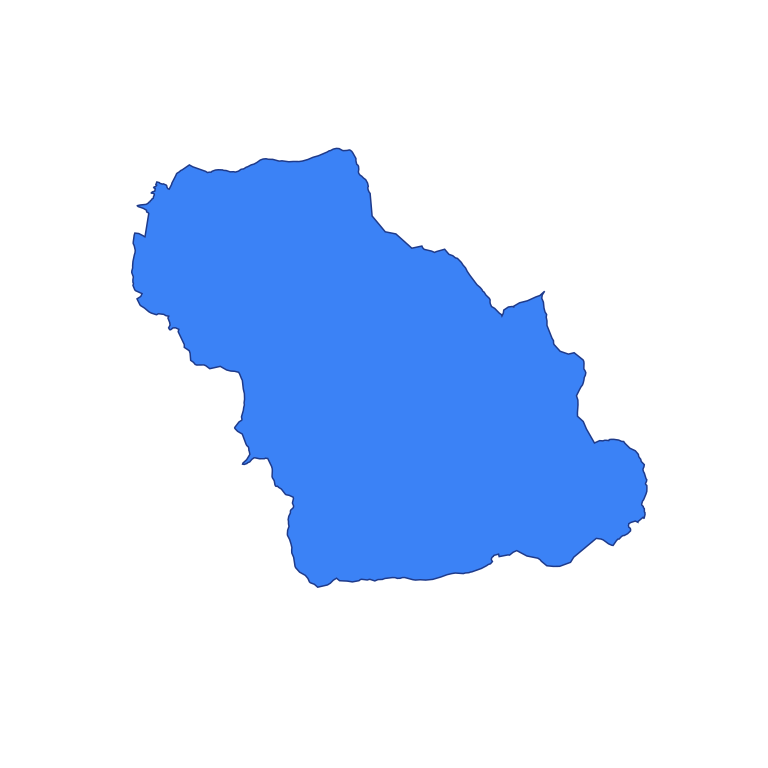 Fundu Moldovei, Suceava, Romania (Albers equal-area conic projection), rotated 17°
{"feature_id": "2599482B95968201222680", "entity_name": "Fundu Moldovei", "entity_type": "district", "adm_level": 2, "iso_a3": "ROU", "parent_name": "Romania", "parent_adm1": "Suceava", "projection": "albers", "projection_center": [25.315, 47.553], "detail": "fine", "context": "isolated", "style": "filled", "palette": "blue", "viewbox_px": 768, "rotation_deg": 17, "n_neighbors": 0, "source": "geoboundaries", "source_scale": "gbopen_adm2", "svg_char_len": 6166}
<svg xmlns="http://www.w3.org/2000/svg" viewBox="0 0 768 768"><g transform="rotate(17 384 384)"><path d="M380.0,597.7L388.7,592.7L390.9,590.2L392.9,586.4L395.4,583.6L399.0,585.1L406.6,583.2L411.6,582.5L417.6,579.4L418.5,578.0L419.6,577.3L425.3,576.3L427.1,575.1L428.0,574.9L432.8,575.0L435.4,572.8L439.5,571.4L441.7,569.7L448.5,566.7L451.2,565.9L453.5,566.0L456.2,565.1L458.2,563.7L460.4,563.0L468.8,562.7L471.4,562.3L475.8,560.6L481.2,559.3L487.7,556.6L494.7,552.0L500.1,547.9L504.2,545.5L507.5,543.9L515.3,542.1L517.1,540.9L520.4,539.6L521.6,538.6L522.9,538.0L531.1,531.9L535.2,527.8L536.5,526.1L538.4,524.8L539.6,522.1L538.2,520.8L537.8,520.0L537.9,518.5L538.5,517.2L539.0,516.9L539.1,516.0L539.3,515.7L543.3,513.2L544.6,515.4L552.5,511.2L554.1,510.9L556.8,507.0L559.7,504.5L570.9,506.7L582.1,505.6L584.7,506.4L586.3,507.5L592.8,510.2L599.4,508.9L605.3,507.0L614.5,500.0L616.1,494.1L632.1,469.6L636.9,468.8L639.2,469.0L645.5,471.2L648.9,471.6L650.3,471.4L652.1,465.7L653.1,463.9L654.2,463.5L655.7,460.4L656.8,459.1L658.0,458.7L660.7,456.0L662.7,452.4L662.3,450.9L661.7,450.0L660.0,449.4L659.1,447.8L659.1,446.8L658.9,446.0L660.6,444.2L664.4,441.6L667.2,442.0L667.0,441.5L670.7,435.8L671.8,436.4L672.0,436.2L671.8,432.6L671.1,430.6L670.4,430.2L669.4,427.1L668.2,426.3L667.7,425.3L666.1,424.5L665.7,424.0L665.5,423.4L665.5,420.2L666.0,419.1L666.2,417.8L666.7,412.6L666.7,409.8L665.8,406.5L665.0,404.2L663.6,403.5L663.1,402.5L663.5,400.5L663.3,398.7L662.3,398.0L659.0,393.1L657.9,392.1L656.9,390.6L656.6,389.8L656.6,388.7L656.8,387.3L656.5,385.0L652.7,382.9L651.4,380.8L650.8,380.5L648.8,378.9L647.8,376.9L643.9,374.4L637.9,373.5L631.8,370.3L630.0,368.9L628.1,369.4L624.8,369.0L620.2,369.7L617.2,370.6L615.7,371.3L615.5,372.4L612.8,372.9L611.5,373.3L609.9,374.4L606.8,375.1L602.5,378.9L590.7,367.8L585.5,361.6L578.5,358.3L577.4,355.0L575.6,347.2L574.1,342.7L571.5,339.0L572.6,332.3L573.2,329.3L574.1,326.8L574.2,324.6L574.0,321.6L573.6,319.2L574.0,316.8L573.7,314.2L572.5,312.7L570.8,311.2L570.5,310.5L569.2,305.7L568.4,303.9L567.4,302.8L556.7,298.5L551.6,301.5L542.9,301.2L535.0,296.5L534.2,295.3L533.4,293.0L531.3,291.1L522.7,280.3L521.4,276.0L519.6,272.7L519.2,270.0L516.9,268.0L514.8,264.6L512.5,259.1L509.8,255.9L509.3,252.6L510.5,248.3L507.2,253.8L503.8,256.3L496.8,262.5L489.9,266.7L485.3,271.7L485.5,272.4L483.9,272.4L480.4,274.0L476.9,278.3L477.4,281.3L476.9,284.5L476.0,283.3L473.7,282.6L467.7,279.3L464.2,278.5L462.2,276.2L461.4,274.6L460.9,272.6L459.7,271.3L455.4,269.1L452.9,266.9L451.2,266.3L450.1,265.1L447.8,263.6L443.9,261.9L434.3,254.9L430.7,252.0L428.1,249.2L424.6,247.0L422.4,245.1L417.5,242.4L415.4,242.5L412.3,241.2L408.2,241.0L402.6,237.4L395.3,242.1L393.9,243.4L390.6,243.0L383.1,243.5L381.1,242.4L379.9,241.0L370.9,246.0L351.5,237.0L340.7,238.1L323.5,226.8L315.0,205.8L313.4,204.6L311.9,202.7L311.1,201.0L311.2,199.6L309.5,196.6L306.7,193.9L304.3,193.1L301.7,191.7L300.3,191.4L298.3,190.0L297.5,188.7L297.1,186.0L296.0,183.3L295.1,182.4L293.7,181.9L291.9,178.8L291.2,176.5L286.6,172.1L285.2,171.0L283.4,170.3L282.4,170.3L280.5,171.4L277.0,172.7L275.9,172.8L272.3,172.0L269.6,172.6L266.8,174.2L264.5,176.5L263.4,177.0L261.8,178.8L254.4,185.0L249.9,187.9L245.5,191.6L240.7,194.7L237.7,196.1L232.5,197.6L228.0,199.3L221.2,200.4L218.6,201.5L212.0,201.7L207.7,202.9L205.3,203.1L202.6,204.2L200.2,206.0L197.7,209.3L195.5,211.6L192.9,213.3L189.9,216.3L188.9,216.9L186.9,219.3L184.5,220.5L182.6,223.0L179.7,224.9L178.3,224.9L174.8,226.1L170.7,226.0L168.2,226.6L166.9,226.5L162.8,227.6L160.2,228.7L157.4,230.8L156.7,232.0L155.2,232.4L153.3,233.4L151.2,232.8L137.6,232.2L133.8,231.4L128.5,238.1L127.2,239.3L126.1,241.1L124.5,242.9L124.1,243.8L124.0,245.2L122.4,254.1L122.6,254.9L121.6,260.5L120.3,260.4L119.6,259.9L119.0,259.4L118.3,258.0L117.7,257.5L114.6,257.1L113.6,257.6L111.8,257.6L111.1,257.6L110.3,257.1L107.7,257.2L107.5,260.0L108.5,260.3L108.4,260.7L107.6,262.2L106.6,262.7L106.4,263.6L108.1,264.1L108.4,266.6L106.6,267.8L105.9,268.6L105.6,269.3L106.2,269.5L107.1,269.1L108.8,269.5L109.1,270.4L108.8,272.0L109.0,273.9L107.9,275.1L107.9,275.8L107.0,277.1L106.9,278.0L106.0,279.0L105.6,280.0L104.1,281.7L98.5,284.1L96.2,285.4L96.0,285.7L97.0,286.2L102.5,286.4L106.1,287.3L106.6,288.6L107.1,289.0L108.2,289.0L109.2,289.8L112.4,313.1L111.5,313.1L110.6,312.7L105.5,311.8L101.6,312.5L101.6,314.8L102.7,321.6L103.1,323.0L104.7,324.8L107.0,328.8L107.5,331.1L107.5,333.6L108.1,340.2L109.0,344.3L109.7,346.5L109.8,349.6L110.2,351.2L113.0,354.9L113.4,357.8L114.2,360.2L114.8,360.7L115.1,361.6L115.1,363.1L118.1,366.8L119.1,367.4L126.2,368.3L125.9,370.8L125.6,371.6L122.9,374.8L127.5,379.7L128.3,380.2L132.7,381.4L138.1,383.7L140.6,384.2L145.9,384.3L146.4,384.2L147.0,383.4L147.9,382.7L153.1,381.8L155.3,382.4L158.3,382.1L158.1,384.1L161.1,387.9L162.2,390.2L161.6,393.3L163.1,394.7L164.1,394.5L165.9,392.0L168.2,391.2L171.8,391.7L171.9,394.2L181.5,404.7L182.3,407.4L188.0,409.1L189.6,411.3L192.2,417.9L195.5,419.0L197.7,420.5L199.4,420.6L206.2,418.4L208.2,418.6L212.9,420.3L222.3,415.0L229.4,416.6L233.7,416.4L237.5,415.5L241.5,415.3L242.9,416.5L246.2,420.6L247.4,421.8L250.9,429.9L253.3,434.0L255.1,439.3L255.7,442.9L256.6,444.9L256.7,447.5L257.2,450.4L257.3,457.1L258.5,459.3L258.6,459.9L258.3,460.5L256.4,462.7L254.1,468.8L254.0,469.6L254.5,470.2L257.9,472.1L263.1,473.3L269.6,481.8L270.8,483.0L272.6,483.8L273.4,484.9L274.3,487.2L274.8,487.7L276.3,490.5L274.8,496.5L272.2,500.9L272.2,502.0L273.8,501.8L276.2,500.1L276.5,499.3L278.4,497.7L279.6,494.8L281.2,492.7L282.1,492.3L286.8,491.9L291.5,490.4L292.3,489.6L294.6,489.2L300.6,495.7L301.9,497.7L302.6,499.7L304.0,505.2L304.7,506.3L307.3,508.6L309.2,512.3L310.2,513.3L310.7,513.4L312.1,512.9L313.3,513.6L316.6,514.5L321.8,518.2L322.7,518.5L325.9,518.2L330.2,518.8L330.9,520.0L331.2,524.6L333.1,526.9L333.4,527.9L333.4,528.8L331.7,531.8L331.6,532.8L332.2,534.7L331.6,538.4L332.0,541.8L332.7,543.0L333.6,545.8L334.8,547.9L334.6,552.0L335.5,555.9L336.0,557.0L339.2,560.3L341.8,564.1L343.8,567.5L344.2,569.6L345.2,572.5L348.3,576.2L352.2,584.3L353.2,585.5L358.3,588.6L364.7,590.0L368.1,592.2L370.5,595.0L371.7,595.6L376.0,595.9L380.0,597.7Z" fill="#3b82f6" stroke="#1e3a8a" stroke-width="1.5"/></g></svg>